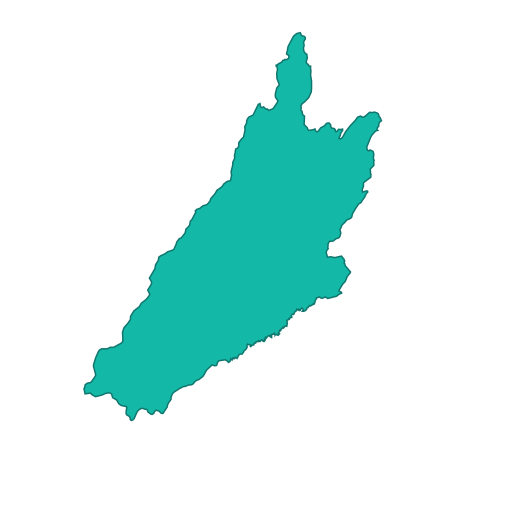 the district of Sukhirin, Narathiwat, Thailand, rotated 214°
{"feature_id": "78962969B83718835474136", "entity_name": "Sukhirin", "entity_type": "district", "adm_level": 2, "iso_a3": "THA", "parent_name": "Thailand", "parent_adm1": "Narathiwat", "projection": "equal_earth", "projection_center": [101.685, 5.911], "detail": "fine", "context": "isolated", "style": "filled", "palette": "teal", "viewbox_px": 512, "rotation_deg": 214, "n_neighbors": 0, "source": "geoboundaries", "source_scale": "gbopen_adm2", "svg_char_len": 6103}
<svg xmlns="http://www.w3.org/2000/svg" viewBox="0 0 512 512"><g transform="rotate(214 256 256)"><path d="M164.2,273.0L164.8,273.7L167.7,273.4L168.0,273.8L168.4,280.9L167.8,284.8L168.9,290.2L168.5,294.4L168.7,295.6L176.7,297.9L178.0,299.2L179.2,299.5L179.5,301.2L181.4,302.6L185.1,303.7L189.8,298.7L193.5,297.2L196.1,295.0L199.8,298.2L200.4,300.0L200.3,302.6L201.4,303.3L201.9,304.7L203.0,306.1L203.3,309.2L200.5,311.4L199.2,315.2L197.6,317.2L197.3,318.8L198.5,322.4L201.2,324.8L201.4,327.4L202.1,329.4L201.1,334.0L200.9,336.6L199.2,339.1L198.4,341.0L198.5,342.1L199.6,344.8L200.0,350.5L200.0,356.6L199.0,358.5L198.8,359.8L199.0,361.1L198.8,365.4L199.5,369.3L199.1,371.5L199.7,372.1L200.6,372.0L203.4,368.6L204.9,370.1L206.1,374.3L207.5,376.1L207.8,377.1L204.9,385.5L206.5,388.1L207.9,389.2L208.6,390.4L209.9,391.8L209.0,397.1L211.2,400.0L211.6,401.5L213.0,402.1L215.3,406.3L217.5,408.2L220.8,407.7L221.3,406.2L221.9,406.0L223.1,406.2L225.1,408.2L227.4,418.9L227.5,421.2L227.0,425.2L226.4,427.0L225.3,428.3L226.3,428.5L226.8,429.1L227.1,430.0L226.9,432.5L227.7,433.4L228.3,435.0L228.3,436.5L227.6,438.2L230.2,440.0L231.9,440.4L234.0,442.2L235.5,442.3L238.2,441.6L239.6,440.1L242.1,438.7L243.7,432.8L244.6,431.1L245.1,430.7L247.5,430.5L248.9,428.7L249.4,427.8L249.5,424.0L250.7,416.7L251.2,408.9L250.6,403.2L251.0,401.1L251.5,400.4L252.8,399.8L253.2,400.2L253.5,403.0L254.4,405.1L254.4,408.6L255.2,409.6L256.5,408.2L258.3,407.3L258.6,404.4L259.2,403.8L260.0,403.9L260.8,405.0L262.3,405.4L264.9,404.4L266.6,405.2L267.3,406.4L269.7,407.2L271.1,406.2L271.8,405.0L272.0,402.4L274.1,398.2L274.1,394.8L274.5,393.6L274.9,393.1L276.3,392.9L278.2,394.3L278.9,393.1L281.6,390.4L282.8,389.6L283.4,389.7L285.3,391.0L289.6,391.9L294.0,399.1L296.4,399.3L298.9,401.8L300.5,402.1L301.4,404.2L302.8,405.6L302.9,408.0L301.9,411.0L300.9,416.8L301.9,422.8L303.6,425.9L307.8,432.1L311.9,436.5L313.9,440.0L315.9,442.3L316.8,443.9L318.4,443.1L319.6,443.9L321.6,444.1L322.9,444.8L324.2,448.8L326.7,451.7L328.2,451.5L330.8,452.5L333.1,455.1L333.6,457.0L334.7,458.5L335.9,459.4L336.4,461.4L336.4,463.2L337.4,464.7L338.6,465.1L341.6,464.2L344.2,465.9L346.7,463.1L347.8,459.3L346.7,448.6L346.2,446.7L344.7,443.5L344.0,441.1L343.2,440.4L341.9,440.6L340.4,440.2L339.6,438.1L340.2,436.1L341.9,435.2L342.2,434.0L343.1,433.2L343.1,431.1L344.8,428.0L345.2,426.4L346.0,425.6L345.4,424.7L344.9,425.2L342.5,422.6L340.9,419.0L337.9,414.9L332.4,411.0L332.7,406.8L330.8,401.7L329.9,400.0L328.5,398.4L324.6,396.9L324.2,395.1L324.2,388.3L324.8,386.7L326.9,383.8L328.6,384.3L330.1,383.3L333.1,383.9L333.9,382.4L335.4,382.1L338.0,384.6L338.9,382.9L337.2,371.4L339.7,366.9L339.7,364.8L339.3,362.7L338.2,361.2L337.6,356.9L335.4,354.1L332.8,347.5L333.4,345.1L333.7,340.5L331.8,337.3L331.5,335.3L332.6,333.5L332.0,331.7L331.0,330.0L330.3,327.7L328.3,325.0L327.7,320.9L325.9,317.8L323.8,312.0L321.3,309.1L319.4,304.4L320.2,303.0L321.4,302.1L322.2,300.0L323.0,297.7L322.9,295.1L323.3,293.3L325.1,288.8L324.8,284.6L325.6,278.3L324.9,276.1L325.2,271.9L326.0,270.4L328.2,267.7L329.1,264.3L331.2,261.5L331.6,259.5L330.4,258.5L329.5,250.2L329.9,248.1L328.4,244.9L328.3,242.8L329.1,239.2L327.7,235.6L327.9,231.1L328.2,229.0L329.3,227.5L329.5,223.0L328.8,221.4L327.8,215.3L329.9,212.1L331.4,210.5L332.9,206.6L335.2,202.8L335.9,200.9L334.5,197.4L334.4,192.7L332.7,189.0L332.0,178.0L328.5,176.4L327.4,175.2L327.0,173.5L326.7,167.2L322.5,164.8L322.5,160.8L322.9,158.1L324.7,152.7L324.4,148.7L326.5,142.4L326.4,138.2L326.2,135.7L324.6,133.2L324.6,128.3L325.3,123.4L325.1,121.6L323.9,117.9L320.4,113.4L318.6,110.4L319.1,108.1L322.9,100.8L325.9,98.7L326.6,97.1L327.8,95.6L332.1,92.7L333.2,90.4L333.2,88.5L332.0,82.0L330.1,75.7L329.2,73.8L323.2,68.6L322.0,67.0L322.1,59.9L322.6,58.2L324.2,56.9L325.1,55.4L325.6,53.4L324.7,51.9L324.4,49.8L320.6,46.1L317.4,49.1L316.2,49.8L314.9,49.3L310.4,49.6L305.9,54.7L303.8,58.1L301.5,60.2L300.2,60.9L298.7,60.9L295.6,58.4L290.9,58.7L287.8,57.1L286.2,56.7L284.2,56.7L279.1,58.7L278.1,57.6L277.4,55.8L275.7,52.8L274.3,52.0L271.4,52.2L269.9,51.6L269.0,50.3L267.4,49.9L266.4,51.3L266.1,53.2L267.3,59.3L267.3,61.8L266.9,63.6L265.8,65.5L264.6,66.4L262.9,66.7L261.2,67.6L259.7,67.4L258.4,66.3L254.9,66.1L253.5,66.6L252.8,68.4L253.1,70.5L252.5,72.4L249.6,73.2L246.7,72.6L245.1,73.4L245.2,81.4L246.0,82.9L246.4,85.2L246.3,89.7L247.4,91.2L248.3,95.1L247.8,97.4L245.4,103.1L243.2,107.1L241.9,108.2L239.4,111.7L238.0,112.6L236.8,114.2L236.3,118.3L235.3,120.3L234.3,121.6L233.0,125.4L232.6,127.2L233.2,133.8L231.5,141.1L228.9,141.9L227.5,143.2L228.4,146.6L228.2,148.4L223.6,152.6L222.1,153.0L219.2,152.4L218.6,154.2L219.4,156.8L217.6,156.4L217.6,157.6L218.1,158.4L217.9,159.0L216.4,158.9L216.3,160.5L214.4,160.5L214.9,164.2L214.3,165.9L212.7,166.9L212.5,169.0L212.9,170.2L212.2,172.8L212.3,175.4L213.2,176.2L213.7,178.2L212.7,178.3L210.9,179.5L210.2,177.9L209.7,177.9L209.4,179.6L208.1,181.1L208.8,182.9L207.6,183.6L208.0,185.1L207.1,185.5L206.3,187.6L206.0,187.6L205.6,186.8L204.8,187.6L204.4,189.6L203.3,189.9L202.8,189.5L202.4,190.0L202.0,189.4L201.5,189.6L201.3,191.7L202.3,191.8L202.3,193.1L202.6,193.2L202.7,194.0L201.5,193.8L201.5,195.6L200.7,197.4L200.0,197.9L199.4,197.0L197.5,197.1L198.5,198.8L199.1,198.6L199.2,199.0L199.0,200.0L197.9,200.8L197.8,202.1L196.9,201.5L196.5,201.6L195.9,200.9L195.9,202.0L193.3,202.6L193.0,204.6L194.5,204.5L194.2,206.3L194.9,207.9L194.7,208.3L193.9,208.1L194.2,209.3L193.8,210.5L193.9,211.9L192.9,211.7L192.6,214.5L191.2,214.9L192.4,217.7L194.4,219.9L193.0,222.2L193.0,222.6L193.6,222.5L193.7,222.8L192.7,224.6L192.0,225.0L192.2,225.6L193.4,226.1L193.4,228.0L192.1,228.6L192.6,231.1L192.0,232.8L192.4,234.8L191.4,234.6L190.9,235.7L190.4,235.9L190.2,235.7L190.4,234.9L189.3,235.1L188.9,235.9L189.2,237.9L189.0,238.4L188.1,238.5L186.6,237.8L186.7,236.1L185.7,236.7L184.7,238.0L184.2,239.8L184.7,242.0L184.0,242.5L184.0,244.8L183.0,244.9L181.7,247.6L181.8,248.5L181.1,248.3L180.9,248.7L181.2,250.5L181.9,251.8L182.1,254.4L182.5,255.1L181.7,255.7L180.7,257.6L179.0,257.4L177.4,258.0L175.7,260.8L172.8,260.9L166.8,267.6L165.5,271.3L164.2,273.0Z" fill="#14b8a6" stroke="#0f766e" stroke-width="1.5"/></g></svg>